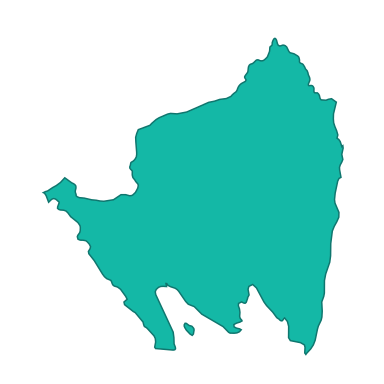 an SVG outline of Lampung, rotated 4°
{"feature_id": "IDN-1229", "entity_name": "Lampung", "entity_type": "Province", "adm_level": 1, "iso_a3": "IDN", "parent_name": "Indonesia", "parent_adm1": "", "projection": "robinson", "projection_center": [104.899, -4.841], "detail": "fine", "context": "isolated", "style": "filled", "palette": "teal", "viewbox_px": 384, "rotation_deg": 4, "n_neighbors": 0, "source": "natural_earth", "source_scale": "10m", "svg_char_len": 4625}
<svg xmlns="http://www.w3.org/2000/svg" viewBox="0 0 384 384"><g transform="rotate(4 192 192)"><path d="M329.7,92.3L327.7,104.1L327.9,109.1L328.5,113.1L329.9,116.6L332.0,120.8L333.5,124.9L332.9,128.2L334.8,129.4L336.3,131.3L338.3,136.2L338.6,135.7L339.2,135.2L339.7,137.7L338.8,144.0L340.2,149.0L339.3,151.8L338.0,154.6L337.4,157.1L337.7,159.6L339.6,167.0L337.7,168.2L336.6,170.9L334.9,183.2L334.7,189.6L335.4,193.1L340.0,202.1L340.2,206.9L338.5,211.6L336.3,216.3L334.7,221.2L334.0,233.7L334.7,246.1L334.3,252.5L331.1,264.4L330.3,271.1L331.1,283.6L330.7,287.0L329.1,292.6L330.2,301.7L330.3,307.7L329.8,310.8L327.4,316.9L326.7,320.1L325.2,331.3L323.7,336.1L321.4,340.2L317.4,345.2L316.9,346.1L315.7,344.7L315.6,339.1L314.8,336.7L310.7,334.7L300.5,333.4L298.5,330.6L297.8,319.3L296.2,314.5L293.2,311.2L292.5,311.9L291.3,313.8L290.7,314.3L289.3,314.1L288.3,313.4L287.5,312.6L286.6,312.2L285.3,311.4L280.9,306.2L274.3,300.1L271.4,296.6L263.0,283.2L259.0,280.0L255.3,282.2L254.7,285.1L256.1,290.7L254.8,293.7L254.9,294.2L253.8,298.2L253.4,298.7L252.7,299.3L251.2,299.1L249.1,298.2L246.2,299.9L246.2,302.3L247.5,305.3L248.2,308.7L248.2,312.7L248.7,314.3L249.6,315.5L250.5,316.3L250.9,317.1L249.0,318.4L245.6,319.7L243.0,321.3L243.4,323.6L245.9,324.7L249.1,325.2L250.7,326.0L249.1,328.1L246.7,329.4L244.0,329.9L239.8,330.1L238.3,329.4L232.4,324.1L210.3,313.2L202.3,306.2L196.1,304.2L193.3,301.6L185.7,292.0L184.2,290.5L182.0,289.2L177.0,287.9L174.5,286.8L173.2,285.1L172.4,285.1L172.6,285.8L173.2,288.1L169.9,288.1L167.4,288.4L165.3,289.4L163.1,291.7L162.3,294.1L163.0,296.9L183.0,333.1L184.1,338.6L184.7,344.7L186.2,348.0L186.5,349.6L185.8,350.6L184.3,351.0L166.6,350.7L165.6,349.4L166.2,344.2L165.6,340.7L164.1,338.1L157.2,331.5L156.0,330.5L153.9,329.5L153.1,327.9L152.2,325.1L143.8,316.3L141.7,315.3L132.6,309.1L131.8,306.5L134.8,303.5L133.1,300.7L127.5,294.0L124.7,292.2L123.3,291.7L122.1,291.5L120.9,291.2L119.5,290.2L118.8,289.0L118.1,287.3L117.2,285.8L113.0,284.4L110.6,282.6L108.6,280.3L99.3,267.3L93.4,260.8L92.8,258.5L94.3,255.6L94.6,253.6L93.2,251.2L91.1,249.1L89.5,248.0L86.7,247.7L83.8,247.8L81.6,247.1L80.7,244.6L81.1,243.2L82.8,240.4L83.2,238.6L83.1,235.5L82.9,234.3L82.5,233.2L80.3,230.4L72.7,225.1L69.5,221.3L67.5,219.7L65.2,219.1L61.9,219.1L60.4,218.7L59.0,217.7L59.0,216.2L60.2,212.0L59.9,211.1L59.1,210.6L57.9,209.6L56.4,208.6L54.6,208.2L53.3,208.6L52.0,209.6L49.7,212.2L46.7,205.7L45.0,203.5L43.8,203.0L45.8,201.8L47.8,201.1L52.7,197.3L56.1,195.1L60.1,191.7L64.1,186.7L71.3,191.2L73.3,192.0L74.6,192.8L75.6,193.9L75.9,195.1L75.9,196.7L75.6,198.2L75.5,199.6L75.8,200.9L76.5,202.4L76.7,203.9L77.9,204.8L80.0,205.5L84.9,205.6L92.5,206.8L97.0,206.9L100.9,207.4L104.7,207.4L114.2,205.2L121.4,199.6L126.0,199.3L130.0,200.1L131.4,199.9L132.6,199.5L133.3,198.9L135.6,196.4L137.5,192.2L137.8,190.9L137.9,189.0L137.6,188.1L137.0,187.3L136.3,186.7L135.0,185.3L134.3,184.2L132.1,181.8L131.6,180.5L131.2,179.1L131.0,175.5L130.6,174.8L129.3,173.7L128.4,172.6L128.2,171.6L128.3,170.7L128.6,169.9L128.9,167.2L129.3,166.6L131.3,165.2L132.1,164.3L133.0,163.0L134.0,160.9L134.2,158.3L134.0,156.1L132.5,145.9L132.0,141.4L132.8,137.4L134.1,133.5L145.4,128.4L147.0,126.4L151.2,122.2L154.2,120.1L162.2,116.0L165.1,115.1L171.7,115.1L181.1,112.6L202.4,101.4L208.2,99.8L213.2,97.7L219.7,96.4L224.2,93.9L225.3,92.4L226.8,90.8L228.9,89.0L229.8,87.4L230.4,85.3L231.2,83.3L232.4,81.6L233.6,80.4L237.4,78.0L238.0,77.0L238.0,76.1L236.9,74.7L236.5,73.9L236.5,73.2L237.1,72.0L239.0,69.0L239.3,68.3L239.4,67.3L239.5,64.3L239.7,62.9L240.3,61.5L241.3,60.5L243.3,59.7L244.5,58.7L246.7,56.2L247.7,55.6L249.0,55.6L250.9,56.3L252.6,56.3L254.1,55.8L255.4,54.7L257.3,52.6L257.9,51.6L259.5,46.5L259.6,45.2L259.6,42.5L259.7,41.9L260.0,41.4L260.5,41.0L261.1,40.6L261.5,39.9L261.7,38.9L261.6,37.5L262.0,35.9L262.4,34.8L263.0,33.6L263.7,33.0L264.6,33.1L265.7,34.6L266.9,38.1L267.8,39.6L269.2,40.2L270.3,40.0L272.1,39.2L273.4,39.1L274.9,39.6L276.4,40.8L278.8,45.0L280.0,46.2L284.1,47.0L287.9,48.9L289.1,50.0L289.9,52.2L290.1,53.5L290.1,54.7L290.6,55.4L291.4,56.0L292.7,56.3L293.9,57.0L295.6,59.3L296.7,61.4L298.3,62.9L299.3,64.9L299.8,66.7L300.9,68.9L301.2,69.3L301.6,70.6L301.8,72.1L301.5,73.3L300.6,76.0L300.6,77.2L301.2,77.8L303.5,77.4L304.5,77.6L305.4,78.2L306.3,79.6L306.5,80.7L306.5,82.1L306.7,83.7L307.6,84.5L310.2,84.4L311.4,85.4L312.3,86.7L313.3,89.9L314.4,91.1L319.3,91.1L321.6,90.0L324.7,89.2L329.7,92.3ZM201.5,326.1L203.3,328.0L203.7,329.5L203.3,333.6L202.2,335.0L199.9,333.8L196.0,330.2L194.3,327.8L193.6,326.4L193.5,325.0L194.3,323.4L195.6,323.5L198.3,325.3L200.8,325.8L201.5,326.1Z" fill="#14b8a6" stroke="#0f766e" stroke-width="1.5"/></g></svg>